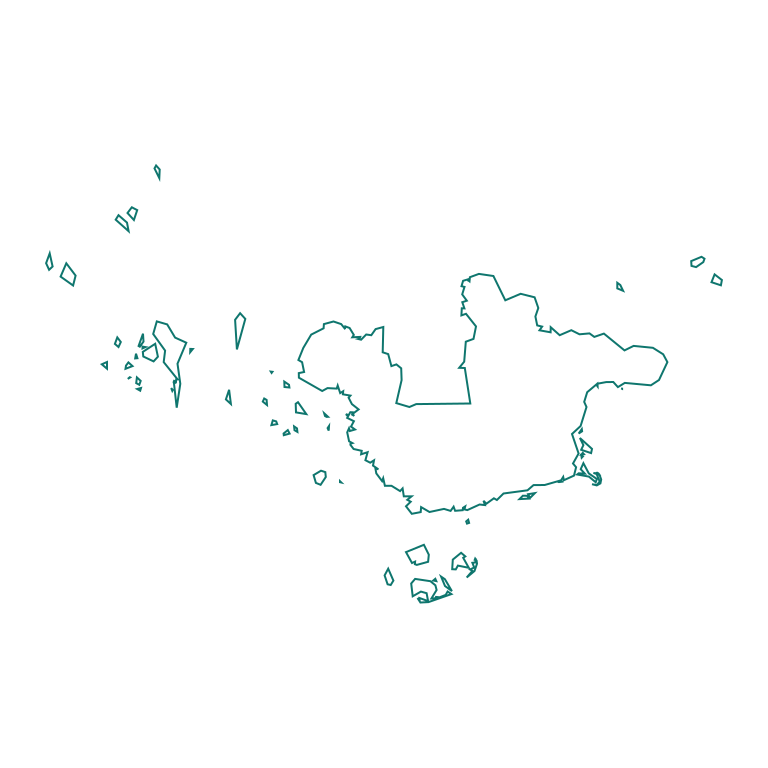 the district of Basilan, Basilan, Philippines
{"feature_id": "2640588B29921835743372", "entity_name": "Basilan", "entity_type": "district", "adm_level": 2, "iso_a3": "PHL", "parent_name": "Philippines", "parent_adm1": "Basilan", "projection": "orthographic", "projection_center": [121.96, 6.593], "detail": "fine", "context": "isolated", "style": "outline", "palette": "teal", "viewbox_px": 768, "rotation_deg": 0, "n_neighbors": 0, "source": "geoboundaries", "source_scale": "gbopen_adm2", "svg_char_len": 6172}
<svg xmlns="http://www.w3.org/2000/svg" viewBox="0 0 768 768"><path d="M383.3,327.0L375.6,329.1L371.3,335.2L366.2,334.5L361.1,339.7L358.3,339.0L359.5,338.6L360.2,336.9L352.3,337.3L353.8,334.9L349.6,328.0L345.3,326.4L345.1,328.2L344.7,328.5L341.2,324.1L333.5,321.5L323.9,324.1L323.6,328.3L311.2,334.6L303.3,347.9L298.4,360.0L302.1,362.2L304.1,372.0L298.8,373.1L298.9,377.7L322.2,391.0L327.5,388.1L336.7,388.6L337.7,385.5L340.2,393.1L343.2,391.2L342.9,394.3L350.4,395.6L348.6,397.7L351.9,404.1L358.6,409.4L352.6,413.9L354.2,415.9L352.1,414.6L352.6,412.3L350.3,412.2L347.2,417.9L353.9,421.2L351.0,426.6L355.0,429.5L349.9,431.0L349.0,428.3L347.2,432.4L349.1,441.3L352.4,443.1L350.5,443.7L350.4,444.8L353.6,449.0L361.7,450.8L361.1,454.3L367.6,452.2L365.4,460.2L370.2,462.7L374.0,460.3L373.0,465.6L378.4,469.3L375.4,468.4L376.3,473.4L382.1,481.1L383.2,478.2L384.9,485.8L391.5,485.8L400.1,491.1L402.6,488.4L403.8,496.3L411.6,496.3L407.3,499.8L410.7,501.7L406.0,506.3L411.8,513.8L420.7,512.1L421.1,507.1L429.5,512.0L444.0,508.9L450.6,510.9L453.6,506.7L455.1,510.8L462.7,510.2L463.0,507.8L465.2,506.4L464.4,509.4L467.3,510.1L479.6,504.5L485.0,505.1L483.5,500.8L486.4,503.7L493.9,498.3L496.9,500.0L503.5,493.5L527.5,490.3L533.5,485.1L544.7,485.0L561.1,480.3L563.2,476.9L563.9,480.2L574.0,475.6L576.1,467.2L573.0,463.5L578.6,453.5L572.0,434.0L580.6,426.0L586.5,407.0L584.2,401.9L587.2,392.2L597.3,383.7L597.3,386.1L597.6,386.5L597.5,383.7L606.1,382.1L613.3,382.0L617.9,387.1L624.8,382.9L650.9,385.3L659.0,380.0L667.4,362.1L663.2,354.3L652.9,347.8L633.6,345.9L624.5,350.4L603.9,333.6L594.3,336.9L589.5,333.4L579.5,334.3L571.3,330.2L559.7,335.2L550.7,327.2L550.6,332.3L539.5,330.3L542.1,326.6L537.2,325.4L535.4,316.5L538.3,308.0L534.6,297.3L520.6,293.8L505.3,300.3L493.4,276.0L478.9,273.9L469.9,277.2L469.5,281.3L468.7,280.6L469.1,279.0L468.8,278.3L468.6,280.6L468.0,281.3L468.5,279.2L463.1,280.8L461.5,286.2L464.5,286.9L462.2,294.4L466.8,300.7L462.3,302.2L464.4,308.4L461.8,308.3L461.4,315.4L466.0,313.8L476.0,326.4L473.5,338.9L465.8,341.7L464.2,361.7L459.2,367.8L464.8,368.0L470.3,403.5L416.2,404.1L409.4,407.0L396.3,403.1L401.6,380.1L401.2,368.3L396.4,364.4L391.4,366.1L388.2,354.1L382.7,352.3L383.3,327.0ZM167.2,324.4L156.8,321.4L153.2,334.0L165.1,350.6L163.7,362.1L177.6,379.4L176.2,379.4L175.9,382.5L174.0,383.5L176.7,407.7L180.3,383.8L177.5,363.7L186.3,342.7L175.1,337.6L167.2,324.4ZM415.1,578.9L411.2,583.5L412.7,596.3L420.9,591.6L426.6,593.2L428.1,601.1L419.5,598.0L419.6,600.7L417.5,598.0L420.4,602.5L428.5,602.1L451.4,594.1L447.6,591.5L445.7,594.9L437.0,598.3L431.4,598.5L436.6,590.0L435.4,585.3L430.4,581.2L415.1,578.9ZM423.9,544.8L406.0,552.1L412.0,563.0L415.1,561.6L414.9,564.2L416.8,564.9L428.1,561.8L428.8,554.7L423.9,544.8ZM240.1,313.2L235.1,319.8L236.9,349.4L245.3,318.9L240.1,313.2ZM66.3,263.3L60.6,276.6L73.1,285.5L75.6,275.6L66.3,263.3ZM155.2,343.8L142.8,351.9L143.3,356.5L153.6,361.4L157.9,356.7L155.2,343.8ZM461.1,552.8L452.8,559.6L452.2,569.2L455.8,569.4L457.9,565.6L468.8,567.8L463.2,557.8L465.3,556.4L461.1,552.8ZM321.0,470.7L313.6,475.1L315.9,482.9L320.6,484.8L325.8,477.0L325.3,472.1L321.0,470.7ZM583.4,463.2L580.7,469.2L584.8,473.6L578.7,473.3L577.2,474.5L588.9,476.6L595.7,482.2L596.9,479.0L588.8,473.4L583.4,463.2ZM388.2,568.7L384.6,575.4L387.6,584.3L390.7,585.0L393.4,580.6L388.2,568.7ZM118.5,215.2L115.7,219.7L128.6,231.2L127.0,222.6L118.5,215.2ZM701.5,256.8L691.2,261.1L691.5,265.9L696.1,267.1L703.3,262.1L704.5,258.7L701.5,256.8ZM592.0,448.9L579.9,438.0L583.4,445.1L581.2,449.8L591.1,453.1L592.0,448.9ZM714.6,274.4L711.5,282.2L720.9,285.3L721.9,280.0L714.6,274.4ZM298.0,402.2L295.7,403.8L296.0,412.4L306.3,414.1L298.0,402.2ZM131.8,207.3L127.5,213.0L133.9,220.0L137.2,210.1L131.8,207.3ZM49.7,253.4L46.1,263.2L49.1,269.8L52.6,266.5L49.7,253.4ZM229.1,389.8L225.9,399.4L230.9,404.0L229.1,389.8ZM475.2,558.6L474.9,559.4L475.5,559.3L475.3,560.7L476.0,561.3L475.9,561.6L476.3,562.0L476.2,562.4L472.4,562.8L474.2,567.5L470.1,569.5L472.4,570.9L466.7,577.5L474.5,571.0L477.0,563.7L476.6,560.6L475.2,558.6ZM117.3,337.4L114.9,343.9L118.5,347.0L120.8,342.0L117.3,337.4ZM156.1,165.5L154.5,168.4L159.3,178.1L159.7,169.5L156.1,165.5ZM441.1,576.6L445.0,586.0L451.9,591.1L444.9,579.2L441.1,576.6ZM527.1,495.8L522.9,495.7L519.5,499.1L529.1,498.6L527.1,495.8ZM617.3,282.8L617.3,288.4L623.1,290.8L620.3,285.0L617.3,282.8ZM530.1,497.9L534.9,493.1L528.1,494.2L530.1,497.9ZM143.0,333.7L138.6,346.0L139.8,346.7L143.5,341.6L143.0,333.7ZM107.0,362.0L101.8,364.3L107.0,368.7L107.0,362.0ZM284.3,381.6L284.5,387.0L289.4,387.5L289.0,384.8L284.3,381.6ZM287.8,430.1L283.6,433.5L283.8,435.2L289.6,433.6L287.8,430.1ZM272.8,420.4L271.4,425.1L277.2,424.1L276.2,421.4L272.8,420.4ZM136.9,377.4L136.2,383.1L139.3,384.8L140.7,380.9L136.9,377.4ZM128.4,362.4L126.0,365.6L125.5,368.8L132.5,366.1L128.4,362.4ZM595.3,473.3L593.4,472.9L595.7,473.7L597.2,472.9L599.0,474.7L596.9,474.7L599.7,481.5L596.9,485.1L592.0,484.2L596.8,485.4L600.4,483.4L601.2,479.5L599.5,474.7L598.3,473.3L597.1,472.7L595.3,473.3ZM267.0,405.0L266.6,399.9L264.2,398.5L262.8,401.6L267.0,405.0ZM294.1,426.4L294.5,430.2L297.4,431.9L297.0,428.4L294.1,426.4ZM137.4,358.2L136.0,353.7L135.2,358.4L137.4,358.2ZM578.7,433.5L582.1,431.3L581.8,429.1L578.7,433.5ZM468.2,519.7L466.2,521.4L467.0,523.6L469.1,522.9L468.2,519.7ZM141.0,388.0L137.2,389.0L140.2,390.7L141.0,388.0ZM192.8,349.0L190.3,348.9L190.2,352.2L192.8,349.0ZM145.4,347.1L142.6,346.6L142.5,348.4L145.4,347.1ZM129.8,377.2L127.8,378.9L130.2,377.4L129.8,377.2ZM329.0,426.0L327.6,428.1L328.7,430.6L329.0,426.0ZM436.3,581.1L435.3,578.8L433.3,580.5L436.3,581.1ZM348.5,415.0L345.9,414.2L347.6,415.9L348.5,415.0ZM439.5,597.3L436.0,596.9L435.6,597.7L439.5,597.3ZM581.4,454.5L583.9,454.2L582.8,452.9L581.4,454.5ZM324.2,413.3L325.0,416.0L326.6,416.9L328.0,416.8L324.2,413.3ZM173.6,383.2L174.5,380.0L173.8,381.4L173.6,383.2ZM172.8,390.0L171.2,388.1L172.3,390.9L172.8,390.0ZM272.4,371.8L270.8,371.6L271.6,372.9L272.4,371.8ZM581.7,457.7L582.9,456.4L581.3,455.5L581.7,457.7ZM341.3,482.5L340.0,481.2L340.0,482.2L341.3,482.5ZM563.5,481.5L560.4,481.7L557.7,481.8L558.9,482.1L563.5,481.5ZM622.1,388.8L622.1,388.6L621.2,388.4L622.1,388.8Z" fill="none" stroke="#0f766e" stroke-width="2"/></svg>